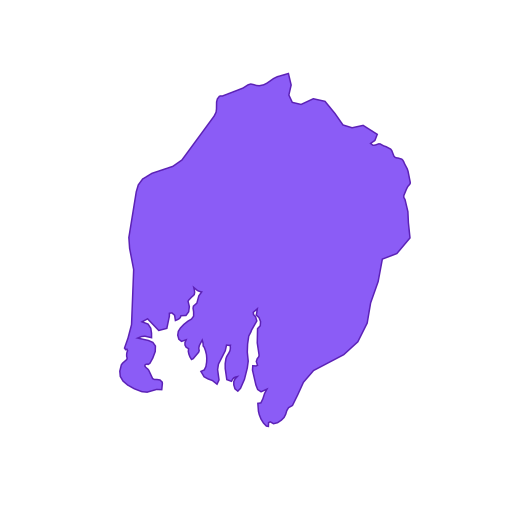 the Prefecture of Boke, rotated 335°
{"feature_id": "GIN-5629", "entity_name": "Boke", "entity_type": "Prefecture", "adm_level": 1, "iso_a3": "GIN", "parent_name": "Guinea", "parent_adm1": "", "projection": "mercator", "projection_center": [-14.564, 11.071], "detail": "fine", "context": "isolated", "style": "filled", "palette": "violet", "viewbox_px": 512, "rotation_deg": 335, "n_neighbors": 0, "source": "natural_earth", "source_scale": "10m", "svg_char_len": 3561}
<svg xmlns="http://www.w3.org/2000/svg" viewBox="0 0 512 512"><g transform="rotate(335 256 256)"><path d="M290.3,95.8L291.6,96.0L293.1,96.8L315.2,98.3L321.2,97.5L323.9,97.9L326.2,99.6L328.4,101.6L331.0,103.1L335.3,104.1L338.9,104.0L346.8,102.6L351.0,102.5L362.5,104.3L360.1,115.9L353.8,124.0L353.8,132.1L360.9,137.7L374.4,137.7L383.9,145.0L387.8,160.3L390.2,174.0L397.3,180.4L408.3,182.9L417.3,197.0L412.6,201.5L407.4,202.4L408.7,205.0L409.7,205.5L411.3,205.9L414.6,206.2L415.8,206.8L418.2,210.1L420.1,211.9L423.2,216.0L423.6,217.8L423.2,223.8L423.8,225.5L424.9,226.5L426.1,227.2L429.0,229.8L429.5,231.1L429.7,232.9L429.6,235.2L429.9,240.9L429.6,243.5L426.9,254.5L426.3,255.5L425.4,256.1L422.9,257.2L420.6,259.0L415.5,263.7L414.7,265.3L414.9,267.9L412.4,280.0L408.2,290.2L403.2,304.7L384.7,313.3L369.2,312.2L355.9,330.8L340.1,346.9L328.4,363.8L312.0,376.8L293.8,382.5L259.8,384.1L245.6,390.5L235.3,399.3L225.6,407.1L225.7,406.9L221.4,407.2L218.5,409.2L216.1,411.9L213.2,414.2L209.6,415.5L205.1,416.2L201.0,415.4L198.8,412.3L197.0,412.3L195.2,415.7L193.5,414.5L192.2,410.6L191.6,405.9L191.9,401.2L192.6,397.7L195.4,390.3L198.3,391.2L201.8,388.4L205.7,384.2L209.6,381.3L203.2,381.2L201.1,377.7L201.4,372.8L204.6,357.9L206.7,354.1L209.6,355.7L211.2,355.7L211.7,351.7L213.7,349.6L215.9,348.5L216.9,347.2L220.4,335.3L226.7,322.5L230.4,321.0L232.4,317.4L232.7,313.1L231.3,309.5L232.3,308.3L234.9,304.4L229.7,305.9L229.0,308.0L229.9,311.0L229.3,315.2L220.5,321.4L219.5,322.5L215.6,325.5L211.2,332.2L207.5,339.4L204.5,348.0L200.8,353.8L193.4,362.9L186.0,369.4L182.4,370.8L180.8,367.5L181.4,363.4L182.8,360.4L185.1,358.5L188.0,357.4L186.1,357.0L184.5,357.0L182.9,357.7L180.8,359.2L177.3,355.7L180.5,345.1L182.6,340.5L185.4,336.3L187.0,334.7L190.7,332.2L192.5,330.7L193.9,328.6L194.6,326.7L195.1,326.1L193.8,325.6L191.6,324.3L188.1,328.9L176.3,338.1L173.2,342.7L170.1,352.7L166.5,355.7L163.9,350.5L160.6,347.2L157.9,343.5L157.3,337.3L160.9,337.4L163.9,335.0L166.4,331.3L168.1,328.0L169.4,324.5L170.2,320.4L170.5,317.0L170.1,315.2L170.8,313.6L171.2,312.4L171.7,309.5L166.9,313.1L165.2,315.3L164.5,317.8L163.3,319.0L155.7,322.5L153.8,322.5L153.5,319.5L153.7,316.6L154.3,313.9L155.7,311.5L154.1,309.1L154.0,306.7L155.0,304.5L157.3,302.4L152.4,301.9L150.9,298.8L151.6,294.7L153.8,291.4L157.1,289.3L161.7,287.5L166.6,286.3L170.9,285.9L174.0,284.2L175.8,280.4L176.9,276.7L178.1,275.0L182.5,273.7L187.4,267.9L191.6,265.6L189.7,264.1L188.3,262.5L186.3,258.2L185.8,260.7L185.0,263.1L183.7,264.9L181.8,265.6L180.3,266.0L176.2,267.6L175.3,268.3L174.2,273.7L171.4,278.1L167.4,280.3L162.7,278.4L161.5,279.7L160.1,280.3L158.3,280.5L155.7,280.4L157.2,275.3L155.7,272.0L153.3,271.3L152.0,274.0L144.6,283.9L136.4,282.4L131.2,267.1L124.9,267.5L129.4,272.1L130.1,277.0L128.7,281.8L126.8,285.9L121.4,281.7L118.2,280.6L114.1,280.4L122.8,287.1L126.0,290.7L126.8,295.1L124.3,300.0L119.3,304.9L114.5,308.4L112.3,308.7L111.7,307.9L110.5,307.7L109.3,307.9L108.7,308.7L109.0,310.3L110.2,312.9L110.5,314.3L110.5,323.4L111.6,324.9L114.1,326.1L116.6,327.8L117.7,330.7L117.2,332.1L114.1,337.3L109.4,334.9L99.8,333.4L95.2,330.7L89.6,324.9L85.2,318.8L82.6,313.1L82.1,307.8L83.9,302.8L88.0,297.7L89.9,296.7L95.1,295.2L96.1,294.1L96.4,292.2L97.3,290.3L98.4,288.7L99.6,287.6L99.6,285.9L98.4,286.0L98.1,285.6L98.2,284.8L97.9,283.9L105.4,276.2L114.2,265.6L139.4,216.6L144.7,195.6L148.6,185.5L174.7,147.1L179.4,141.8L185.8,138.3L196.7,137.1L218.6,139.6L229.4,137.7L252.8,124.9L277.2,111.5L280.6,108.8L282.3,106.1L285.4,99.7L287.4,97.3L290.3,95.8Z" fill="#8b5cf6" stroke="#5b21b6" stroke-width="1.5"/></g></svg>